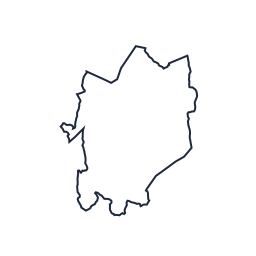 outline of Assaré, Ceará, Brazil, rotated 121°
{"feature_id": "56859067B95707829386079", "entity_name": "Assaré", "entity_type": "district", "adm_level": 2, "iso_a3": "BRA", "parent_name": "Brazil", "parent_adm1": "Ceará", "projection": "natural_earth1", "projection_center": [-39.823, -6.92], "detail": "fine", "context": "isolated", "style": "outline", "palette": "slate", "viewbox_px": 256, "rotation_deg": 121, "n_neighbors": 0, "source": "geoboundaries", "source_scale": "gbopen_adm2", "svg_char_len": 3536}
<svg xmlns="http://www.w3.org/2000/svg" viewBox="0 0 256 256"><g transform="rotate(121 128 128)"><path d="M208.8,138.2L209.5,136.6L210.4,134.7L212.0,133.9L213.7,134.7L214.9,134.5L216.4,132.8L217.3,131.1L217.9,130.2L218.5,129.0L219.3,127.8L220.2,127.1L220.3,125.5L220.5,121.6L218.8,120.5L217.4,119.6L215.8,119.0L214.3,119.3L211.8,118.3L210.7,117.3L209.4,117.3L207.8,117.4L206.3,117.0L204.9,117.3L202.9,118.1L202.2,119.3L201.1,121.3L200.8,122.6L199.7,122.5L199.1,120.5L199.4,118.6L199.8,117.2L199.4,116.0L200.1,114.1L200.9,111.9L199.5,109.3L198.8,108.0L198.8,106.1L198.9,104.9L199.7,104.1L200.8,103.7L201.9,104.0L203.0,104.2L204.4,103.0L205.7,102.5L206.7,101.8L207.6,101.0L208.3,99.8L209.2,98.4L209.4,97.1L209.0,96.0L209.7,94.8L208.8,93.8L208.0,92.2L207.2,90.4L205.7,89.8L203.9,89.0L203.7,87.0L202.3,86.7L201.3,87.8L200.1,88.6L198.3,89.0L196.3,89.2L194.8,89.2L193.5,90.3L192.2,90.9L190.6,91.0L190.1,89.6L190.0,88.2L189.8,86.6L189.2,85.0L188.6,82.8L188.4,81.2L187.4,80.1L187.0,78.7L188.5,76.9L187.7,76.3L185.8,75.4L184.7,73.8L183.9,72.4L182.5,72.4L180.8,72.5L179.3,72.4L178.7,73.8L177.8,74.5L176.5,75.4L175.6,76.2L174.6,76.5L173.3,77.6L172.3,78.8L172.4,80.4L170.4,80.5L160.4,79.8L154.7,79.4L147.5,76.3L136.5,71.7L132.2,69.9L123.6,65.1L112.3,63.3L110.7,64.6L108.5,66.6L106.1,68.6L104.9,69.8L103.0,71.0L101.4,71.7L100.4,72.3L99.3,73.0L98.2,73.8L97.2,74.7L96.5,75.6L95.2,76.9L94.3,77.9L92.6,79.1L91.4,80.1L89.9,80.4L88.7,80.6L87.3,82.6L86.1,83.5L85.0,84.4L83.3,84.2L82.3,82.7L81.3,82.1L80.6,81.2L79.9,80.1L78.7,79.9L76.8,80.4L74.9,81.4L73.8,82.5L72.4,83.6L70.8,84.2L69.8,84.3L68.2,84.6L66.1,84.9L64.8,85.3L64.0,86.0L62.1,87.5L61.2,88.5L60.3,90.3L60.2,91.8L59.9,93.5L60.6,94.6L61.3,96.4L59.1,98.0L58.1,98.5L56.3,99.5L55.3,100.6L52.4,101.9L50.5,103.2L47.5,103.3L44.6,106.1L43.9,107.2L43.1,108.2L41.0,109.4L39.3,110.9L38.2,111.9L37.2,112.7L36.4,113.4L35.5,114.4L51.5,126.2L52.8,125.2L53.6,125.9L55.1,125.7L56.3,126.4L57.1,127.2L58.7,128.0L58.0,129.8L58.2,131.9L58.4,133.6L57.2,135.4L57.3,137.5L57.4,138.9L57.7,140.2L56.8,141.9L56.1,143.9L56.1,145.2L56.0,146.4L55.4,147.9L54.6,148.8L54.2,150.2L54.0,151.5L53.1,153.5L51.7,153.7L50.6,154.2L53.8,163.4L59.4,163.7L80.3,164.8L88.3,163.1L91.8,162.4L98.0,165.7L98.5,171.8L100.9,192.7L102.4,191.8L103.9,192.2L105.3,192.2L106.8,192.2L108.4,191.8L110.1,191.3L111.8,190.6L113.4,189.8L114.5,189.6L115.6,189.1L116.5,187.5L117.6,186.2L117.9,184.6L119.0,183.9L122.5,186.5L125.3,189.1L128.9,182.9L130.1,182.4L131.6,182.5L132.9,182.0L133.7,181.3L135.4,180.7L137.5,179.9L138.9,179.8L140.7,179.6L142.2,178.9L143.5,177.9L145.2,177.5L146.6,177.2L148.2,176.6L149.7,176.2L151.2,175.5L152.2,175.2L153.4,174.2L155.1,173.7L156.8,174.8L155.5,175.2L154.8,176.7L154.8,178.0L155.1,179.6L156.3,181.0L157.0,182.2L156.8,184.9L157.4,186.1L158.7,185.9L161.4,186.4L162.1,184.2L162.7,183.0L164.1,180.8L163.0,179.1L163.1,177.2L164.0,175.4L166.0,175.7L167.6,173.0L170.2,171.1L161.7,168.4L160.1,168.1L151.4,165.9L153.4,165.3L155.0,164.5L156.4,163.7L158.1,162.8L159.1,162.1L160.3,161.8L161.2,161.0L161.9,160.0L162.7,158.8L163.7,158.5L164.9,158.3L166.5,158.1L167.4,156.5L168.4,155.6L169.6,154.4L170.7,153.2L171.6,152.6L172.7,151.5L173.9,150.4L174.8,149.6L176.9,148.1L178.3,147.3L179.5,146.9L180.4,146.3L181.0,145.0L182.0,143.7L183.1,142.3L184.3,141.8L186.0,142.1L186.5,143.2L187.6,143.8L187.9,145.0L190.5,145.3L189.6,148.1L190.5,148.8L191.8,148.0L192.8,147.1L194.5,146.6L195.5,146.0L198.0,144.9L199.4,143.8L201.0,142.9L202.3,142.0L203.9,141.7L205.6,140.6L207.3,139.3L208.8,138.2Z" fill="none" stroke="#1e293b" stroke-width="2"/></g></svg>